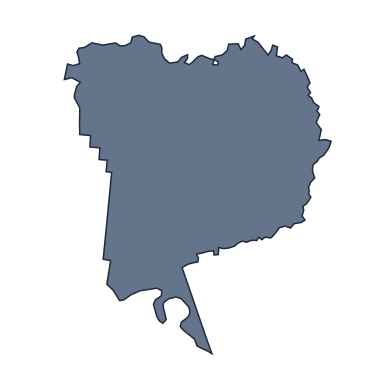 Nova Palma, Rio Grande do Sul, Brazil (Equal Earth projection), rotated 94°
{"feature_id": "56859067B37281220773300", "entity_name": "Nova Palma", "entity_type": "district", "adm_level": 2, "iso_a3": "BRA", "parent_name": "Brazil", "parent_adm1": "Rio Grande do Sul", "projection": "equal_earth", "projection_center": [-53.411, -29.433], "detail": "fine", "context": "isolated", "style": "filled", "palette": "slate", "viewbox_px": 384, "rotation_deg": 94, "n_neighbors": 0, "source": "geoboundaries", "source_scale": "gbopen_adm2", "svg_char_len": 2274}
<svg xmlns="http://www.w3.org/2000/svg" viewBox="0 0 384 384"><g transform="rotate(94 192 192)"><path d="M325.0,211.8L320.9,208.8L308.0,212.9L304.2,212.5L300.2,207.9L297.9,200.6L299.2,195.3L306.7,187.4L310.4,185.9L313.9,185.9L317.5,187.7L322.4,193.4L326.8,194.4L329.7,192.0L338.8,179.0L345.1,176.4L346.9,172.3L349.3,166.1L351.9,160.8L339.6,166.3L268.2,196.6L264.7,191.8L262.9,187.0L261.4,181.3L257.6,181.0L253.6,183.1L252.4,178.3L250.0,171.6L249.2,166.3L253.3,165.6L252.6,161.5L249.0,161.3L245.6,161.6L246.3,156.3L245.3,151.4L243.1,145.9L239.9,142.7L237.5,138.5L238.3,134.0L236.0,129.1L235.8,123.9L232.5,122.3L234.7,119.0L232.0,116.0L232.3,110.1L229.2,107.4L225.2,104.6L221.5,102.3L219.5,96.5L221.1,91.3L216.5,87.9L214.8,81.0L212.2,77.3L208.2,80.5L202.4,79.3L198.4,80.3L196.1,77.3L193.1,75.2L188.8,73.1L185.7,75.4L182.4,75.2L179.0,76.1L173.8,74.1L169.4,70.6L163.3,73.1L159.7,73.4L156.3,72.9L152.6,69.2L149.3,67.4L146.0,63.1L139.9,59.3L136.9,58.0L131.7,56.8L130.4,62.4L131.6,69.0L120.8,67.4L114.1,72.9L105.8,70.0L102.6,72.9L97.9,71.3L94.3,76.9L89.7,79.3L87.6,83.0L84.7,80.7L79.2,84.4L74.9,81.9L69.1,84.8L61.8,88.9L64.2,91.7L57.9,95.4L56.1,101.4L52.6,100.9L48.7,107.5L51.8,111.2L50.2,117.4L45.1,117.0L41.3,116.8L39.9,121.8L45.1,122.8L50.0,125.7L37.9,136.7L35.2,142.5L32.1,140.8L35.7,149.1L41.7,149.6L46.7,153.1L40.9,156.3L42.0,165.7L48.2,166.6L53.2,171.4L55.3,178.3L58.4,179.4L57.8,183.6L55.0,191.8L56.7,195.5L62.7,200.8L65.1,203.5L63.5,208.6L59.1,205.8L55.3,206.0L58.4,211.8L63.2,215.2L65.1,223.3L61.0,228.7L55.3,232.0L50.8,232.0L46.9,233.8L45.5,245.3L40.5,250.8L39.4,256.1L41.6,262.3L47.6,263.6L50.7,269.0L51.4,273.8L48.6,278.5L50.3,285.7L51.7,290.7L50.2,302.4L55.2,309.1L56.5,314.8L60.7,316.6L64.0,315.0L71.7,313.0L74.2,319.1L73.0,325.1L88.7,327.2L86.4,319.9L90.4,311.1L94.7,314.3L102.6,316.0L106.1,316.0L116.0,309.8L131.2,309.0L142.5,308.0L142.8,297.1L147.9,297.1L154.2,297.0L154.4,287.0L166.1,287.0L166.2,278.8L177.8,279.1L178.0,273.5L189.1,273.8L223.2,274.7L265.3,275.9L266.1,268.4L289.9,270.5L295.6,263.7L305.4,256.6L304.2,252.2L298.7,245.6L294.2,237.0L290.4,220.3L292.5,215.4L297.5,215.2L302.2,221.0L306.6,222.6L318.4,218.5L323.0,215.5L325.0,211.8ZM58.4,179.4L60.3,174.8L63.7,175.3L63.4,180.1L58.4,179.4Z" fill="#64748b" stroke="#1e293b" stroke-width="1.5"/></g></svg>